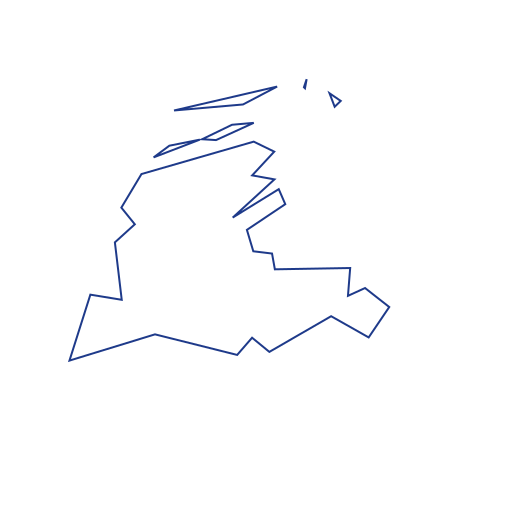 map outline of Zadarska (Equal Earth projection), rotated 118°
{"feature_id": "HRV-1493", "entity_name": "Zadarska", "entity_type": "County", "adm_level": 1, "iso_a3": "HRV", "parent_name": "Croatia", "parent_adm1": "", "projection": "equal_earth", "projection_center": [15.553, 44.407], "detail": "coarse", "context": "isolated", "style": "outline", "palette": "blue", "viewbox_px": 512, "rotation_deg": 118, "n_neighbors": 0, "source": "natural_earth", "source_scale": "10m", "svg_char_len": 762}
<svg xmlns="http://www.w3.org/2000/svg" viewBox="0 0 512 512"><g transform="rotate(118 256 256)"><path d="M275.0,118.3L273.9,161.4L334.4,199.2L330.0,221.1L352.2,226.2L372.6,308.4L435.9,371.6L367.9,384.1L357.7,354.0L310.2,387.0L284.9,377.9L276.5,397.6L237.4,395.6L156.1,311.7L155.3,288.9L186.6,297.2L179.7,275.7L233.0,294.6L186.3,267.3L196.5,254.5L237.2,276.3L253.1,260.6L246.3,243.0L258.9,233.1L222.4,167.2L248.0,156.1L233.1,144.7L238.5,114.4L275.0,118.3ZM128.3,338.6L166.0,396.7L96.5,316.9L128.3,338.6ZM199.3,384.3L179.6,360.2L217.0,392.7L199.3,384.3ZM178.2,358.4L151.4,338.8L139.5,320.5L172.4,345.7L178.2,358.4ZM87.3,256.6L77.8,267.5L79.3,254.0L87.3,256.6ZM76.1,294.3L84.9,291.5L84.5,292.9L76.1,294.3Z" fill="none" stroke="#1e3a8a" stroke-width="2"/></g></svg>